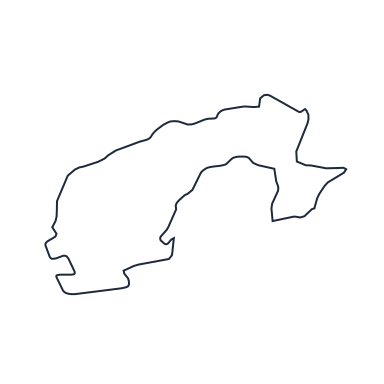 outline of Ingush, rotated 256°
{"feature_id": "RUS-2303", "entity_name": "Ingush", "entity_type": "Republic", "adm_level": 1, "iso_a3": "RUS", "parent_name": "Russia", "parent_adm1": "", "projection": "orthographic", "projection_center": [44.85, 43.115], "detail": "fine", "context": "isolated", "style": "outline", "palette": "slate", "viewbox_px": 384, "rotation_deg": 256, "n_neighbors": 0, "source": "natural_earth", "source_scale": "10m", "svg_char_len": 2235}
<svg xmlns="http://www.w3.org/2000/svg" viewBox="0 0 384 384"><g transform="rotate(256 192 192)"><path d="M238.8,323.6L234.7,322.7L230.7,320.7L206.1,303.0L196.2,301.1L190.4,308.9L189.0,313.8L182.5,328.0L178.8,344.9L176.8,347.1L174.0,344.1L168.5,326.2L165.8,322.1L159.2,314.9L155.7,312.0L147.3,307.2L146.5,306.9L146.4,304.3L141.3,295.2L141.1,290.8L143.1,286.3L143.5,284.6L144.3,263.2L156.8,265.1L161.2,266.9L172.4,275.8L174.9,276.7L177.0,276.9L181.8,276.3L194.6,277.5L202.0,262.7L205.4,258.4L211.4,255.3L212.7,253.7L213.6,251.7L215.0,246.0L215.3,243.4L215.3,241.3L215.0,239.7L214.4,238.2L211.4,233.0L210.7,231.7L210.5,229.2L210.6,225.8L211.5,219.3L211.8,215.8L211.8,213.1L211.5,211.5L211.0,209.9L210.4,208.4L209.9,207.3L208.8,205.5L193.9,192.9L191.3,187.4L190.7,184.2L187.0,177.2L184.9,174.3L182.7,172.9L179.0,172.4L163.4,160.3L161.6,158.5L156.0,150.5L154.3,149.8L152.7,149.9L149.1,152.3L148.0,153.3L147.5,154.5L147.7,155.8L148.4,157.0L150.9,160.4L151.6,163.2L135.7,157.4L134.3,155.7L132.6,153.4L134.5,122.8L134.3,117.5L132.2,106.6L129.0,106.6L123.8,109.0L121.0,109.2L117.8,108.6L116.5,107.7L115.8,106.7L115.6,105.2L115.5,103.5L115.7,99.6L121.2,53.8L122.2,49.9L123.0,47.8L124.5,45.2L125.9,43.9L127.5,43.0L142.1,39.9L143.3,40.0L143.9,40.9L143.9,42.5L143.6,44.3L141.0,54.8L140.8,56.5L140.9,57.9L141.8,58.7L143.3,58.8L157.3,56.0L159.9,54.8L160.9,53.3L161.3,51.5L160.5,44.3L160.6,42.3L161.0,40.0L162.1,38.9L163.3,38.3L175.8,36.9L177.2,37.3L178.2,38.3L179.0,39.6L180.0,42.6L180.8,45.7L181.9,48.8L184.3,50.4L191.6,47.9L196.9,52.6L201.0,54.7L206.8,56.4L215.8,58.8L237.9,75.4L242.1,83.9L243.1,88.7L242.9,92.4L244.0,108.1L245.6,115.3L247.9,119.6L250.7,128.1L253.5,153.5L253.6,160.2L254.0,162.6L254.8,164.5L255.6,165.6L257.7,167.7L259.2,169.8L261.0,173.0L264.1,180.3L265.2,184.8L265.7,188.0L265.0,192.2L263.7,196.0L258.5,204.2L257.7,208.0L257.8,211.6L259.2,221.6L259.2,224.1L259.1,225.8L258.3,229.5L257.9,232.2L258.3,233.6L259.2,234.6L260.5,235.3L261.8,236.5L263.3,239.1L263.9,241.4L264.1,243.6L262.6,261.3L262.1,264.4L259.5,272.4L258.6,277.7L266.4,280.8L268.5,285.3L268.3,287.2L267.9,289.1L266.6,291.0L243.9,315.1L243.4,316.5L243.5,317.2L244.9,321.1L245.1,321.8L243.1,322.8L238.8,323.6Z" fill="none" stroke="#1e293b" stroke-width="2"/></g></svg>